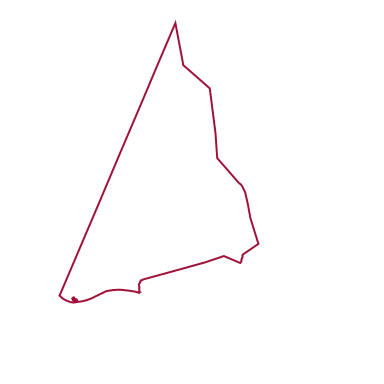 Iriona, Colón, Honduras, rotated 203°
{"feature_id": "27666195B61075928676863", "entity_name": "Iriona", "entity_type": "district", "adm_level": 2, "iso_a3": "HND", "parent_name": "Honduras", "parent_adm1": "Colón", "projection": "equal_earth", "projection_center": [-85.194, 15.529], "detail": "fine", "context": "isolated", "style": "outline", "palette": "rose", "viewbox_px": 384, "rotation_deg": 203, "n_neighbors": 0, "source": "geoboundaries", "source_scale": "gbopen_adm2", "svg_char_len": 4294}
<svg xmlns="http://www.w3.org/2000/svg" viewBox="0 0 384 384"><g transform="rotate(203 192 192)"><path d="M273.3,341.0L273.4,292.2L273.3,255.4L273.4,201.1L273.3,147.0L273.4,44.9L273.1,44.9L272.9,44.8L272.5,44.7L272.4,44.5L272.2,44.5L271.8,44.3L270.5,43.7L270.1,43.7L269.2,43.4L268.2,43.3L267.6,43.2L267.1,43.1L266.4,43.1L265.6,43.0L265.0,43.0L264.3,43.0L263.0,43.0L262.4,43.1L261.0,43.1L260.8,43.1L260.0,43.4L259.1,43.6L258.7,43.7L258.3,43.8L257.5,44.2L257.1,44.4L256.6,44.6L256.4,44.8L256.5,44.9L256.5,45.0L256.8,45.0L256.5,45.5L256.8,45.4L257.0,45.3L257.3,45.4L257.5,45.5L257.6,45.8L257.7,46.0L257.8,46.1L258.0,46.1L258.5,46.0L259.0,45.8L259.3,45.9L259.5,45.9L259.6,46.1L259.7,46.3L259.6,46.6L259.6,46.8L259.7,47.0L260.0,46.8L260.3,46.9L260.4,47.0L260.5,47.2L260.6,47.3L260.5,47.5L260.4,47.6L260.3,47.8L260.3,48.1L260.1,48.3L259.9,48.6L259.7,48.8L259.4,48.8L259.3,48.6L259.2,48.5L259.2,48.3L259.1,48.2L258.9,48.1L258.7,47.9L258.5,47.6L258.3,47.6L258.2,47.5L258.2,47.2L257.9,47.0L257.7,47.0L257.8,47.2L257.8,47.3L257.7,47.4L257.5,47.5L257.9,47.6L258.0,47.6L258.0,47.8L257.9,47.9L257.5,47.8L257.4,47.8L257.4,47.7L257.2,47.5L256.8,47.4L256.7,47.4L256.5,47.5L256.5,47.8L256.5,48.0L256.4,48.0L256.4,47.9L256.4,47.6L256.2,47.9L255.8,47.7L255.6,47.5L255.4,47.3L255.4,47.1L255.3,46.9L255.7,46.3L256.1,45.8L256.2,45.7L256.3,45.6L256.3,45.3L256.4,45.1L256.4,44.9L255.3,45.5L255.0,45.7L254.7,45.9L254.3,46.1L253.0,47.0L252.5,47.2L252.1,47.4L251.7,47.6L251.4,47.9L250.7,48.3L250.5,48.5L249.6,49.0L249.3,49.3L249.1,49.5L248.8,49.8L248.5,50.0L248.2,50.1L247.9,50.4L247.5,50.6L247.0,51.1L246.7,51.2L246.7,51.3L246.5,51.5L246.2,51.8L245.9,52.1L245.4,52.5L245.1,52.6L244.9,52.9L244.8,53.1L244.7,53.2L244.4,53.4L244.0,53.8L243.5,54.2L243.0,54.7L242.6,55.2L242.3,55.5L241.9,55.9L241.5,56.4L241.1,57.0L240.7,57.4L240.5,57.7L239.9,58.4L239.7,58.7L239.4,59.0L239.2,59.2L238.8,59.6L238.7,59.7L238.5,60.0L238.4,60.1L238.1,60.5L237.9,60.7L237.8,60.8L237.5,61.1L237.2,61.4L236.8,62.0L236.5,62.3L236.3,62.5L236.0,62.8L235.8,62.9L235.7,63.0L235.3,63.6L235.2,63.8L234.8,64.2L234.5,64.4L234.3,64.7L233.9,65.3L232.8,66.5L232.5,66.9L232.4,66.9L232.2,67.1L231.7,67.4L231.4,67.8L230.9,68.1L230.6,68.3L229.8,68.7L229.7,68.9L229.4,69.0L229.1,69.2L228.6,69.5L228.2,69.8L227.9,69.9L227.6,70.0L227.4,70.2L227.2,70.3L226.8,70.7L226.6,70.7L226.4,70.8L226.2,70.8L225.8,71.2L225.3,71.4L225.1,71.5L224.8,71.6L224.5,71.7L224.3,71.8L224.0,72.1L223.5,72.3L222.0,73.1L221.4,73.4L220.9,73.5L220.5,73.6L220.3,73.7L220.2,73.8L219.9,74.0L218.9,74.2L218.7,74.4L218.3,74.5L218.0,74.6L217.6,74.7L217.1,74.9L216.7,75.0L216.4,75.1L216.1,75.2L215.9,75.3L215.6,75.3L215.4,75.3L215.2,75.3L214.9,75.4L214.6,75.6L213.8,75.8L213.4,76.0L213.0,76.2L212.8,76.3L212.5,76.3L212.3,76.3L212.1,76.4L211.9,76.5L211.2,76.6L210.9,76.7L209.5,77.0L209.1,77.1L208.5,77.3L208.0,77.5L207.7,77.5L206.9,77.7L206.4,77.8L206.0,77.9L205.3,78.0L204.8,78.1L204.5,78.2L203.7,78.3L202.5,78.4L202.0,78.4L201.8,78.4L201.6,78.4L201.4,78.4L201.4,78.5L201.5,78.6L201.8,78.8L201.8,79.0L201.6,79.1L201.3,79.1L201.2,79.2L201.3,79.2L201.3,79.3L201.7,79.5L201.8,79.6L201.8,79.8L201.6,80.1L201.6,80.3L201.7,80.5L201.9,80.6L202.0,80.7L202.1,81.0L202.2,81.3L202.4,81.8L202.5,82.0L202.8,82.2L202.9,82.4L203.0,82.5L203.2,82.9L203.2,83.0L203.2,83.7L203.2,83.8L203.3,83.9L203.5,84.2L203.6,84.4L203.8,84.6L203.9,84.8L204.1,84.9L204.2,85.1L204.3,85.4L204.6,86.0L204.8,86.4L204.8,86.6L204.7,86.9L204.6,87.1L204.5,87.3L204.6,87.5L204.7,88.1L204.7,88.3L204.7,88.5L204.5,89.0L204.4,89.1L204.4,89.3L204.5,89.4L204.6,89.8L204.7,90.1L204.6,90.4L204.6,90.5L204.3,90.7L204.0,90.8L203.9,90.9L203.7,91.3L202.2,92.9L165.3,122.1L152.5,132.3L137.6,145.5L119.9,145.5L119.8,146.0L119.6,146.6L119.5,146.8L119.4,147.0L119.4,147.3L119.4,147.5L119.5,147.7L119.8,148.2L120.0,148.5L120.0,148.8L120.1,149.1L120.1,149.3L120.1,149.7L120.0,150.1L120.0,150.3L120.0,150.6L120.0,150.9L120.1,151.0L120.0,151.3L120.0,151.5L120.2,152.1L120.3,152.4L120.5,152.6L120.6,152.9L120.6,153.4L120.7,153.6L120.6,153.8L120.6,154.0L120.8,154.3L110.6,170.2L128.0,190.7L134.9,201.2L137.6,205.1L139.8,208.1L141.8,210.9L142.7,212.2L146.7,215.8L147.8,216.7L150.1,218.1L151.5,218.4L152.0,218.5L152.3,218.6L182.0,233.0L193.4,255.4L212.9,288.8L216.1,294.3L249.7,305.4L252.4,309.7L273.3,341.0Z" fill="none" stroke="#9f1239" stroke-width="2"/></g></svg>